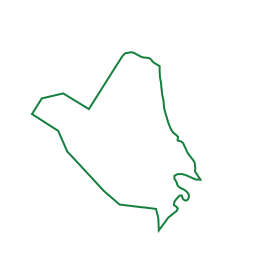 Porto do Mangue, Rio Grande do Norte, Brazil (Albers equal-area conic projection), rotated 32°
{"feature_id": "56859067B16993578241880", "entity_name": "Porto do Mangue", "entity_type": "district", "adm_level": 2, "iso_a3": "BRA", "parent_name": "Brazil", "parent_adm1": "Rio Grande do Norte", "projection": "albers", "projection_center": [-36.799, -5.074], "detail": "fine", "context": "isolated", "style": "outline", "palette": "green", "viewbox_px": 256, "rotation_deg": 32, "n_neighbors": 0, "source": "geoboundaries", "source_scale": "gbopen_adm2", "svg_char_len": 1363}
<svg xmlns="http://www.w3.org/2000/svg" viewBox="0 0 256 256"><g transform="rotate(32 128 128)"><path d="M85.2,69.7L85.0,87.9L84.8,132.7L54.7,133.0L46.3,141.5L39.2,148.6L39.2,155.1L39.2,167.1L70.3,167.4L89.0,180.2L97.2,182.3L141.0,194.2L161.4,197.4L170.1,193.3L181.9,187.8L184.4,186.5L194.6,181.8L201.0,187.9L202.5,189.8L204.2,192.4L208.4,198.5L209.7,182.3L211.8,176.5L213.2,172.5L212.8,169.7L210.5,169.1L207.7,169.0L206.4,166.0L206.7,162.1L207.5,158.1L209.3,156.7L212.2,159.1L214.6,159.3L216.3,158.2L216.7,156.2L216.1,153.9L214.5,152.0L211.2,150.8L208.2,150.6L203.4,151.1L200.5,150.5L197.6,148.0L194.2,146.4L192.7,143.9L194.3,141.1L197.7,138.7L201.5,137.4L212.8,135.8L216.8,133.4L207.9,129.4L206.5,126.6L204.5,124.0L202.9,122.1L201.2,121.1L199.2,120.3L196.6,119.4L193.9,118.4L191.9,117.5L189.8,116.3L187.8,114.9L185.1,113.2L182.6,111.5L179.9,111.3L176.7,112.3L175.0,108.9L171.9,108.3L169.1,108.0L167.1,107.3L165.3,106.3L163.0,104.9L161.4,103.7L159.4,102.2L156.8,99.9L154.6,97.9L152.4,96.1L150.8,94.6L149.1,92.9L147.5,91.2L145.9,89.1L144.2,86.8L142.3,84.6L139.6,81.9L137.6,79.4L135.6,76.9L133.8,74.6L132.1,72.2L130.0,70.0L128.0,67.7L125.7,64.5L123.9,61.8L122.1,58.8L119.7,58.8L116.9,58.9L113.9,58.8L111.7,57.8L109.0,57.5L106.5,58.6L103.5,60.1L100.8,60.7L97.9,60.9L93.3,61.1L90.6,62.0L86.1,66.0L85.2,69.7Z" fill="none" stroke="#15803d" stroke-width="2"/></g></svg>